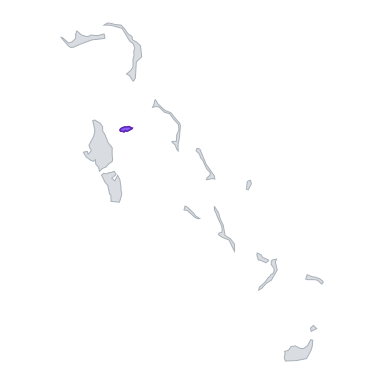 The Bahamas, with New Providence highlighted
{"feature_id": "BHS-5009", "entity_name": "New Providence", "entity_type": "Capital", "adm_level": 1, "iso_a3": "BHS", "parent_name": "The Bahamas", "parent_adm1": "", "projection": "equal_earth", "projection_center": [-77.439, 25.036], "detail": "fine", "context": "in_parent", "style": "filled", "palette": "violet", "viewbox_px": 384, "rotation_deg": 0, "n_neighbors": 0, "source": "natural_earth", "source_scale": "10m", "svg_char_len": 3645}
<svg xmlns="http://www.w3.org/2000/svg" viewBox="0 0 384 384"><path d="M112.2,147.7L112.1,154.5L112.6,159.6L112.2,161.4L107.6,164.8L106.5,166.7L102.2,168.6L99.6,171.3L98.3,167.0L95.8,164.3L95.4,159.7L93.5,161.3L90.7,160.3L86.1,156.9L83.3,152.2L87.3,151.4L88.1,154.3L91.3,150.7L90.6,148.9L90.0,148.6L89.0,145.1L93.8,136.0L94.9,130.1L92.7,120.6L94.7,120.0L100.2,123.3L102.6,126.6L102.7,131.0L104.9,134.5L108.2,142.8L112.2,147.7ZM115.8,173.5L115.9,174.7L111.7,178.3L114.8,180.8L117.6,175.3L119.9,179.8L121.1,188.2L120.9,189.6L121.1,190.9L121.6,192.5L121.7,194.8L119.4,202.2L111.0,201.4L110.9,195.2L109.6,194.0L107.7,185.2L105.1,182.4L101.5,175.1L103.6,173.3L106.4,173.9L107.8,173.0L111.7,172.3L114.0,171.3L115.8,173.5ZM312.2,346.4L310.9,350.6L306.5,358.6L296.4,360.6L285.4,361.0L284.5,358.8L284.3,356.9L285.1,353.9L285.0,352.7L284.5,351.5L288.5,350.2L291.1,346.5L295.3,345.9L300.5,348.5L303.4,348.6L307.5,345.7L310.8,339.6L312.8,340.3L312.2,346.4ZM133.9,80.7L133.1,81.2L129.4,75.6L126.5,74.0L131.1,70.1L133.0,66.7L133.0,59.3L134.1,55.2L133.7,51.7L134.7,48.1L133.4,44.1L129.6,40.9L122.0,28.3L110.2,25.2L104.0,25.1L107.4,23.0L110.5,23.3L115.3,24.5L121.1,25.1L124.6,28.8L127.9,33.7L131.0,35.7L132.2,37.0L132.1,38.4L132.6,39.8L136.5,42.1L140.5,45.8L141.7,56.8L136.3,62.0L135.4,77.9L133.9,80.7ZM81.2,34.8L86.2,36.5L88.9,36.3L90.6,35.1L98.0,35.6L104.0,33.9L104.9,36.9L104.8,38.4L92.0,39.9L80.2,44.2L73.7,47.2L70.7,47.5L68.4,45.9L60.7,37.0L62.8,37.9L68.5,42.9L72.0,42.0L75.3,38.7L75.9,36.1L75.4,34.9L76.9,30.9L81.2,34.8ZM158.0,104.0L164.9,110.3L170.8,112.7L177.2,120.6L179.9,123.4L180.4,126.0L179.4,137.7L178.0,144.8L178.2,151.0L176.7,149.1L175.2,145.1L172.7,142.8L171.9,141.5L176.4,141.3L176.7,134.9L178.9,129.9L178.5,124.6L173.3,118.9L169.8,113.8L164.3,112.2L159.2,107.1L156.2,106.5L152.5,107.4L153.9,104.4L154.8,100.4L155.4,99.7L158.0,104.0ZM234.6,249.9L234.4,251.3L229.0,240.0L222.3,237.3L218.4,234.6L219.2,233.0L221.8,232.3L222.3,228.8L221.1,224.9L217.5,217.1L215.5,211.8L214.6,210.6L214.3,206.2L218.6,213.0L220.3,219.1L223.2,225.1L225.1,235.4L230.5,238.9L234.4,243.9L234.6,249.9ZM261.7,288.4L258.7,290.1L259.4,287.2L265.0,282.2L268.1,277.8L269.9,276.3L270.5,275.1L273.0,273.5L274.2,270.6L273.9,268.3L271.2,264.5L271.2,261.9L272.1,260.0L276.5,259.1L275.4,262.0L277.2,270.0L271.4,280.1L266.4,283.2L261.7,288.4ZM214.5,176.2L214.8,179.1L212.0,178.5L207.8,179.6L206.3,179.7L207.2,177.7L210.1,175.1L210.2,172.5L206.7,168.9L202.5,159.9L200.5,157.7L199.6,154.3L196.1,150.7L196.8,148.7L197.5,148.3L199.9,149.2L205.3,162.2L205.6,163.5L214.5,176.2ZM310.8,276.2L313.5,277.0L314.9,277.0L319.7,278.7L322.6,281.0L323.3,282.0L321.8,284.1L317.3,280.1L313.4,279.6L307.9,279.7L305.7,279.0L307.2,274.7L310.8,276.2ZM267.7,259.5L268.7,260.6L266.0,262.8L259.9,260.0L258.6,260.2L257.4,257.2L256.9,255.0L257.2,253.0L260.8,254.6L262.7,257.5L267.7,259.5ZM128.9,130.5L124.1,131.7L120.7,130.6L119.9,129.6L121.3,128.1L124.5,126.8L129.6,126.7L131.9,128.2L132.1,128.9L128.9,130.5ZM199.7,218.5L198.0,218.8L194.8,217.3L187.4,210.5L184.0,209.9L185.1,206.0L187.7,207.4L193.7,213.3L195.9,216.2L199.7,218.5ZM251.4,183.7L248.2,189.8L246.4,189.2L247.3,181.6L249.6,180.4L250.5,180.4L251.4,183.7ZM316.7,328.6L311.1,331.4L310.5,328.1L313.3,325.4L316.7,328.6Z" fill="#d9dde1" stroke="#a8b0b8" stroke-width="1"/><path d="M123.3,131.8L122.7,131.4L121.9,131.2L121.1,131.3L120.6,131.2L119.9,130.3L120.3,129.2L121.3,128.3L122.3,127.8L122.9,127.6L124.3,127.0L124.9,126.9L126.7,127.0L128.5,126.6L129.2,126.6L129.7,126.9L130.8,127.6L132.4,128.1L131.9,128.7L127.5,131.2L126.5,131.2L125.2,130.5L124.9,130.9L124.4,131.6L123.9,132.0L123.3,131.8Z" fill="#8b5cf6" stroke="#5b21b6" stroke-width="1.5"/></svg>